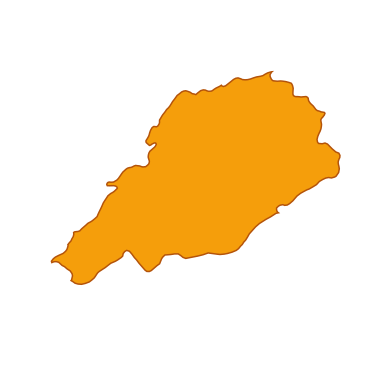 the district of Byaroza, Brest, Belarus, rotated 139°
{"feature_id": "67162791B6222300561744", "entity_name": "Byaroza", "entity_type": "district", "adm_level": 2, "iso_a3": "BLR", "parent_name": "Belarus", "parent_adm1": "Brest", "projection": "natural_earth1", "projection_center": [25.045, 52.495], "detail": "fine", "context": "isolated", "style": "filled", "palette": "amber", "viewbox_px": 384, "rotation_deg": 139, "n_neighbors": 0, "source": "geoboundaries", "source_scale": "gbopen_adm2", "svg_char_len": 4279}
<svg xmlns="http://www.w3.org/2000/svg" viewBox="0 0 384 384"><g transform="rotate(139 192 192)"><path d="M99.8,253.3L101.8,253.6L105.8,254.7L108.0,255.0L109.7,255.1L111.1,255.4L113.3,257.0L114.2,258.3L115.1,260.2L116.5,261.7L119.0,262.8L122.5,263.0L125.2,263.0L126.0,264.4L127.4,266.2L127.9,268.4L129.2,270.8L130.3,272.5L132.0,273.6L134.1,274.3L137.2,274.4L139.9,274.6L144.1,273.6L147.2,273.0L150.0,272.1L152.3,271.4L154.5,271.0L157.1,270.9L159.2,270.3L161.1,269.9L163.3,269.5L165.1,269.0L166.8,268.4L169.3,267.6L171.2,265.5L172.5,264.8L174.8,264.2L176.1,264.6L176.8,265.4L177.8,266.5L178.8,266.7L180.1,266.7L182.9,265.7L185.2,264.4L186.6,263.4L188.0,262.6L189.3,262.1L191.4,261.4L192.9,261.0L193.9,260.0L194.1,259.0L193.9,257.6L193.7,255.8L193.5,255.0L192.3,254.5L190.6,254.4L188.2,253.7L187.3,252.8L187.6,251.5L189.3,250.7L190.8,250.4L194.2,250.4L197.0,250.4L198.9,249.7L200.3,248.8L201.6,247.7L202.4,246.7L203.2,244.9L203.9,243.3L204.7,242.5L206.1,241.6L207.9,241.4L210.3,241.5L212.6,243.1L213.5,244.3L214.4,246.0L215.8,247.5L217.1,249.0L218.8,249.7L220.6,250.1L221.9,250.6L223.3,251.5L225.1,252.3L227.0,252.5L231.0,252.4L233.3,251.9L235.1,251.4L238.6,250.5L241.0,250.3L244.7,251.0L246.6,252.4L248.0,253.9L249.3,254.4L250.5,254.2L251.5,253.5L251.8,252.3L249.9,250.6L248.9,249.8L247.0,248.2L245.7,246.5L245.4,245.0L245.8,243.9L246.8,243.7L248.6,243.6L250.2,243.5L252.2,243.7L254.4,244.2L257.9,244.3L260.7,243.5L263.6,242.7L266.2,241.9L269.3,240.4L272.0,239.2L274.9,238.0L278.0,236.6L279.7,235.7L282.7,235.6L286.1,235.7L288.2,236.0L289.7,236.4L291.3,236.7L293.5,236.6L295.4,236.6L297.7,236.6L299.1,236.6L300.4,236.5L302.2,236.3L303.9,237.0L305.9,238.4L306.9,239.0L307.9,239.1L308.9,237.7L310.8,236.3L313.7,235.3L315.3,234.5L318.4,234.1L320.2,233.7L320.2,233.3L321.9,232.0L324.1,230.7L326.3,230.2L329.5,230.2L334.5,231.7L337.8,232.5L340.4,232.6L343.5,232.0L344.1,230.7L341.9,229.9L340.2,228.6L338.7,226.4L338.2,221.8L337.2,219.3L336.7,215.8L335.7,212.4L336.1,209.0L337.2,207.1L340.5,204.7L341.4,204.5L340.7,202.5L340.1,199.9L338.4,197.3L335.9,194.8L332.5,193.0L328.5,191.5L325.3,191.3L322.4,191.3L320.5,191.7L317.8,192.5L316.0,192.9L314.2,192.9L309.9,192.3L307.1,191.9L303.1,191.7L300.0,191.5L295.3,190.0L292.7,189.5L288.5,189.0L286.4,189.1L284.3,190.7L281.8,191.2L279.6,190.8L278.1,188.3L278.1,184.5L278.5,180.3L278.4,177.1L278.7,173.2L278.7,168.0L278.7,165.7L278.7,163.7L278.2,161.7L276.4,160.0L274.2,159.4L270.3,159.4L266.8,159.4L263.5,159.1L260.8,160.5L258.6,161.6L256.5,162.1L253.7,162.2L252.1,161.0L249.1,158.8L245.6,156.6L243.0,154.3L242.2,151.5L241.7,148.6L240.3,146.0L229.9,140.0L224.8,137.4L219.8,135.4L216.1,131.2L213.9,128.7L211.9,126.5L208.4,124.0L205.5,122.3L201.2,120.3L196.9,118.9L194.1,118.7L190.7,119.3L188.5,119.4L185.9,120.2L183.1,120.5L179.9,121.5L176.3,122.8L172.4,123.3L166.9,124.0L161.8,124.0L157.8,123.4L153.9,122.8L149.0,121.7L142.6,120.8L140.4,119.6L140.6,120.6L140.4,122.0L139.7,123.3L138.6,124.5L135.9,124.6L134.1,124.2L131.7,122.8L130.9,121.2L128.7,119.7L126.0,119.2L121.6,119.2L118.9,119.6L115.3,120.1L110.9,119.8L107.5,119.1L104.0,118.3L101.6,117.4L97.4,116.6L93.2,115.9L89.0,116.4L85.1,115.7L82.0,114.8L79.5,113.4L77.5,111.1L74.5,109.7L72.9,109.4L68.6,110.5L65.6,112.9L64.3,115.0L63.5,116.6L62.5,118.2L61.3,119.3L59.8,120.2L57.8,121.1L56.3,122.6L55.7,125.0L57.2,127.9L57.9,132.6L58.3,139.3L59.5,141.7L62.1,143.0L64.6,145.6L64.6,147.1L63.3,149.5L60.7,151.4L57.7,152.9L55.5,153.8L53.2,155.1L51.5,156.5L50.1,157.8L49.4,158.8L48.7,160.1L47.9,161.3L47.5,162.0L45.8,162.6L44.3,162.7L41.6,163.3L40.0,164.2L39.9,165.2L41.0,166.6L42.1,167.9L42.6,169.1L44.0,171.2L44.4,172.9L44.1,177.3L44.5,181.2L44.3,183.6L43.8,185.0L42.8,186.5L42.7,187.7L43.3,189.2L45.2,190.6L47.3,192.1L49.2,194.2L51.1,195.9L52.0,197.1L52.0,199.0L51.2,200.2L49.7,201.8L47.6,203.9L47.0,205.0L46.2,206.6L45.7,208.8L46.7,210.7L48.8,213.8L50.6,215.9L52.2,217.6L53.8,218.8L55.0,219.7L56.3,221.1L57.8,222.7L58.1,223.8L58.1,224.8L58.0,225.5L57.3,227.8L56.1,229.4L53.2,230.3L52.8,230.3L53.2,230.6L54.8,231.4L56.9,232.3L59.9,233.0L62.1,233.3L64.2,234.3L68.0,236.6L71.0,237.9L73.9,239.0L76.3,240.3L78.3,241.8L80.2,243.8L80.9,245.4L82.4,247.9L84.3,249.1L86.8,249.7L90.0,249.8L94.7,250.0L97.0,250.1L99.2,251.1L99.9,252.6L99.8,253.3Z" fill="#f59e0b" stroke="#b45309" stroke-width="1.5"/></g></svg>